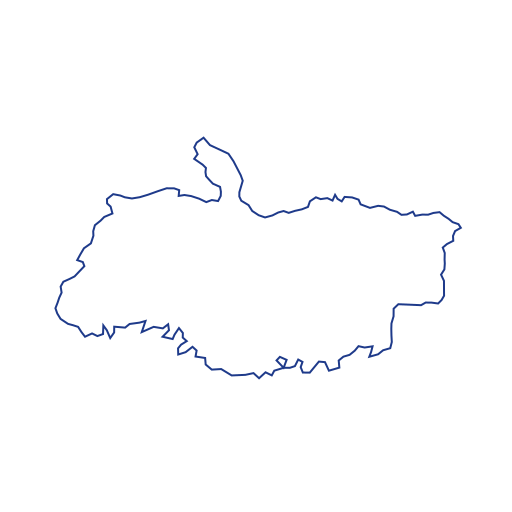 the district of Saldanha Marinho, Rio Grande do Sul, Brazil, rotated 260°
{"feature_id": "56859067B4805351166709", "entity_name": "Saldanha Marinho", "entity_type": "district", "adm_level": 2, "iso_a3": "BRA", "parent_name": "Brazil", "parent_adm1": "Rio Grande do Sul", "projection": "equal_earth", "projection_center": [-53.092, -28.388], "detail": "fine", "context": "isolated", "style": "outline", "palette": "blue", "viewbox_px": 512, "rotation_deg": 260, "n_neighbors": 0, "source": "geoboundaries", "source_scale": "gbopen_adm2", "svg_char_len": 2645}
<svg xmlns="http://www.w3.org/2000/svg" viewBox="0 0 512 512"><g transform="rotate(260 256 256)"><path d="M204.7,85.9L205.7,91.8L214.1,93.6L208.8,96.2L200.5,98.2L205.3,103.0L211.0,104.1L208.2,114.7L211.0,119.7L210.6,129.7L211.2,135.9L200.9,130.3L204.0,142.9L200.9,151.7L204.0,157.6L198.0,157.4L192.7,150.0L188.7,159.5L192.7,162.1L198.4,167.6L192.9,170.6L188.4,169.7L184.2,173.0L181.7,166.8L178.6,163.2L172.5,162.3L173.5,170.0L177.6,177.7L173.2,181.1L167.5,179.0L164.4,188.2L157.9,187.6L151.8,192.7L150.7,202.1L142.6,211.3L140.8,224.9L141.1,233.2L135.1,237.8L139.8,245.2L135.7,250.8L139.9,254.1L141.1,263.8L140.0,269.9L140.8,275.2L146.7,279.6L143.6,283.4L138.8,280.7L133.1,281.9L131.8,288.7L141.1,299.6L139.5,305.5L130.4,307.9L131.6,318.7L138.7,319.3L141.7,324.6L142.4,331.0L145.6,336.8L149.4,341.3L147.0,347.1L146.8,355.1L141.5,352.7L137.1,350.1L138.0,359.2L141.1,364.8L141.9,372.2L147.7,374.8L154.3,375.6L160.8,376.6L166.1,377.7L172.7,381.0L180.2,382.4L183.8,387.8L181.7,397.4L178.9,410.0L180.7,415.0L179.6,420.8L177.6,427.1L180.4,431.1L184.2,434.3L188.4,435.0L198.9,436.8L205.5,435.0L210.1,439.2L215.7,440.6L219.8,441.1L226.2,442.4L231.9,441.4L234.6,446.1L236.7,452.9L241.5,453.5L246.0,456.4L248.2,462.6L252.2,460.9L255.2,455.5L259.2,452.1L263.1,447.9L267.3,444.4L267.6,438.2L266.8,432.6L267.9,427.0L267.9,419.7L272.4,418.2L270.7,411.8L271.3,406.4L275.0,402.6L278.3,395.9L282.5,390.6L284.2,385.0L283.6,376.6L288.7,368.0L293.7,366.8L297.0,360.8L298.8,353.5L294.9,349.9L298.1,346.2L302.5,344.5L297.3,341.0L300.6,336.3L300.8,329.5L303.4,325.2L300.5,318.6L295.3,315.7L294.0,309.2L293.7,302.3L292.8,295.7L295.5,291.0L295.0,285.5L293.1,279.2L292.4,271.6L295.7,265.7L301.0,260.1L307.4,257.5L313.0,251.1L317.5,249.9L321.7,250.7L332.4,256.0L338.2,255.0L353.2,250.3L361.5,246.6L373.2,229.9L381.6,224.9L378.0,217.3L373.8,214.1L366.4,216.2L362.4,212.0L355.1,219.4L351.4,222.0L347.4,220.8L343.2,220.7L339.3,223.1L334.7,226.1L330.3,232.6L325.4,232.6L321.3,231.7L316.7,228.2L318.8,222.2L317.7,216.4L322.3,210.0L326.3,202.5L328.5,196.1L328.6,190.3L334.2,191.8L336.9,187.0L338.2,179.7L336.9,170.8L335.1,160.3L334.1,151.7L334.2,143.8L336.6,137.0L339.1,132.9L341.7,126.1L337.9,119.1L333.6,118.5L329.9,121.4L322.8,122.0L320.8,113.3L317.8,109.1L314.3,102.7L308.7,100.0L304.2,99.4L297.1,95.6L293.5,87.9L288.0,83.2L283.0,79.2L280.1,84.4L275.8,85.2L271.1,78.8L267.4,73.8L265.8,68.5L264.1,61.8L259.8,58.3L253.7,58.2L249.1,55.0L244.3,52.4L239.4,49.4L233.9,50.3L228.0,52.6L221.8,59.1L219.6,63.8L217.1,68.5L211.4,70.9L206.2,73.6L208.2,81.1L204.7,85.9ZM141.1,263.8L149.6,258.1L152.5,262.0L148.4,268.1L141.1,263.8Z" fill="none" stroke="#1e3a8a" stroke-width="2"/></g></svg>